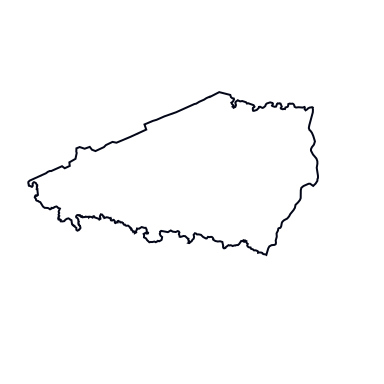 outline of Nahouri, Nahouri, Burkina Faso, rotated 155°
{"feature_id": "67063806B90465948144495", "entity_name": "Nahouri", "entity_type": "district", "adm_level": 2, "iso_a3": "BFA", "parent_name": "Burkina Faso", "parent_adm1": "Nahouri", "projection": "orthographic", "projection_center": [-1.117, 11.253], "detail": "fine", "context": "isolated", "style": "outline", "palette": "ink", "viewbox_px": 384, "rotation_deg": 155, "n_neighbors": 0, "source": "geoboundaries", "source_scale": "gbopen_adm2", "svg_char_len": 6068}
<svg xmlns="http://www.w3.org/2000/svg" viewBox="0 0 384 384"><g transform="rotate(155 192 192)"><path d="M66.4,164.6L65.4,166.9L65.1,169.7L66.5,174.9L66.7,179.1L66.1,180.5L64.5,181.9L61.5,183.4L59.2,185.9L58.4,191.5L58.3,195.0L58.8,197.5L59.3,198.6L59.1,200.6L57.4,203.0L48.8,213.2L47.5,215.7L47.2,217.0L46.8,217.4L47.3,218.1L49.9,218.8L51.6,218.7L52.5,218.3L54.5,218.0L54.9,219.5L54.1,220.7L54.1,221.5L56.1,221.8L59.6,223.8L62.0,224.6L63.0,225.8L62.7,227.4L62.9,228.7L63.4,229.5L65.6,230.4L65.9,230.8L67.5,231.0L68.6,229.3L69.4,228.8L71.6,229.1L72.7,227.9L73.6,228.5L74.7,228.6L76.0,229.7L76.1,230.6L74.6,231.4L74.4,234.7L75.2,235.4L75.8,235.3L76.7,236.1L77.7,235.9L79.7,233.9L81.1,234.3L82.9,236.0L83.0,236.5L81.6,237.4L81.3,238.0L81.5,238.7L83.3,240.2L86.7,240.6L88.0,240.2L89.3,238.9L91.6,238.3L92.7,238.5L94.3,240.5L95.4,240.8L95.9,240.0L98.7,239.0L101.7,239.4L102.3,239.9L102.1,240.8L101.5,242.1L101.0,242.6L99.8,242.6L99.3,242.9L99.5,244.7L103.7,248.8L104.8,248.9L105.1,250.5L108.0,253.2L110.1,253.8L111.8,255.8L114.1,255.3L115.0,254.6L115.4,252.2L116.8,250.8L118.7,250.8L118.7,251.5L119.1,252.1L118.0,252.5L117.8,252.9L118.5,254.6L118.6,256.3L117.2,256.5L115.9,257.2L114.7,258.3L114.6,259.1L115.8,259.9L116.6,261.5L116.3,263.8L125.1,271.0L135.5,270.6L135.5,270.9L139.2,271.0L141.9,270.6L147.3,270.7L150.9,270.3L152.5,270.7L172.8,271.0L185.0,272.2L193.6,272.4L197.6,273.0L206.5,273.3L207.1,267.9L224.3,268.0L239.6,268.6L242.9,271.0L250.2,270.9L252.8,269.9L262.2,269.9L264.8,272.6L265.6,276.1L271.0,276.6L274.8,280.2L278.3,280.4L279.8,277.5L280.0,276.1L283.6,271.3L290.6,270.7L291.8,267.3L297.3,267.3L298.9,270.3L310.9,270.5L311.8,271.1L314.2,271.2L316.3,270.7L334.3,270.9L336.0,270.3L336.6,269.3L336.7,267.8L337.0,267.6L337.2,266.6L335.6,265.3L335.3,264.6L334.8,264.3L333.7,264.9L332.9,267.0L331.8,267.6L331.0,267.7L329.8,266.3L329.6,264.4L329.3,263.8L329.7,262.9L330.2,262.8L330.3,262.0L331.1,261.1L331.3,260.5L331.0,260.1L331.5,259.9L331.2,259.3L332.9,254.4L334.2,254.1L334.7,255.0L335.2,255.0L335.7,254.3L336.2,254.4L336.8,253.5L336.4,252.0L336.7,250.7L336.5,249.9L335.2,248.8L335.1,248.3L333.8,246.9L333.2,241.8L332.3,240.0L329.7,238.6L328.9,237.9L328.0,236.3L326.9,236.3L326.2,236.9L325.9,236.5L325.5,236.7L324.7,236.2L323.7,236.2L323.2,236.5L321.0,236.2L320.5,235.6L320.1,234.2L318.7,232.8L321.0,230.8L321.3,230.1L321.2,229.1L322.5,227.9L322.6,227.1L322.4,226.4L323.3,226.0L323.8,225.4L323.5,225.2L323.7,224.6L324.5,224.3L324.6,223.5L324.1,223.0L323.0,222.7L322.7,222.1L323.4,221.3L323.4,220.9L321.6,220.0L320.1,219.6L318.3,220.4L316.6,220.6L315.1,220.3L314.3,219.2L314.1,218.5L313.2,217.4L314.3,213.6L313.9,212.9L314.1,212.3L313.4,211.9L313.4,211.1L312.8,210.8L312.9,210.1L312.0,208.4L312.8,206.6L312.2,205.4L310.8,205.3L310.5,205.7L309.8,205.7L308.5,206.3L308.0,207.3L308.1,208.1L307.8,208.7L308.3,209.4L308.1,210.2L308.5,210.3L308.5,211.0L307.7,212.8L307.1,212.9L307.1,214.2L306.7,215.0L306.9,216.8L307.6,217.8L307.6,218.2L307.3,218.9L306.3,219.5L305.2,219.4L304.2,218.8L304.5,218.7L304.2,218.2L303.6,218.3L303.2,216.9L302.6,217.0L301.9,216.6L301.9,216.1L302.4,215.8L301.7,215.2L300.4,215.0L299.7,214.5L298.7,214.6L297.9,213.9L295.8,213.1L296.0,212.6L295.2,212.8L294.0,212.1L292.9,210.8L291.7,211.7L291.1,211.5L290.8,210.0L287.9,207.2L287.7,206.2L286.3,206.4L285.7,208.9L284.6,209.9L284.1,210.2L283.9,209.8L283.2,209.7L282.7,208.3L282.8,207.1L282.3,206.9L282.5,205.5L280.1,205.2L279.0,204.5L277.0,202.5L276.7,202.6L276.7,202.2L277.4,201.3L277.4,200.6L276.5,199.9L275.0,200.0L274.7,199.8L274.3,198.2L274.8,197.1L274.7,196.3L274.4,196.1L273.1,196.5L272.3,195.9L271.6,197.0L270.9,196.9L270.7,196.3L269.9,195.6L269.8,194.7L268.3,194.2L268.1,193.6L267.6,193.1L267.7,192.4L267.4,191.1L266.6,190.8L266.5,189.9L265.8,189.2L264.1,188.5L263.1,186.2L263.2,185.5L262.7,185.2L262.9,184.6L262.5,184.1L263.0,183.5L262.4,182.8L262.2,180.7L261.3,180.9L260.7,180.1L261.2,178.9L259.6,179.0L259.4,179.9L258.5,180.9L257.7,181.2L257.3,182.1L255.5,181.1L252.4,181.5L250.3,179.6L249.1,179.1L249.0,177.1L249.9,174.8L249.7,174.1L249.3,174.2L249.0,173.6L249.4,173.1L250.3,173.3L250.9,173.6L251.5,174.6L253.6,174.4L253.6,173.2L254.7,171.2L253.3,169.4L253.0,167.2L251.9,164.5L250.3,164.1L249.4,163.5L247.1,163.0L246.0,161.8L244.8,162.0L244.0,161.8L243.5,162.1L242.4,161.2L240.0,161.4L239.5,161.8L238.1,163.8L239.0,165.8L238.9,167.7L238.0,168.6L237.7,169.5L236.4,169.8L230.8,165.8L227.5,166.1L226.2,164.2L223.6,162.6L221.4,162.6L220.7,161.8L220.5,160.7L221.8,159.2L221.7,157.9L222.1,156.7L221.3,156.1L218.2,155.7L216.8,154.8L215.7,152.0L215.0,151.1L215.6,150.4L215.4,149.1L215.8,148.9L216.3,147.4L216.8,147.3L216.6,147.1L215.9,146.8L214.9,147.3L213.2,147.5L211.8,148.5L210.2,149.0L209.1,150.4L208.6,152.5L206.8,153.4L205.9,152.6L205.4,151.4L203.9,150.8L202.0,149.4L200.9,146.5L199.1,144.1L198.3,143.7L196.5,144.6L195.4,143.8L193.7,143.3L193.0,142.8L192.6,142.0L192.4,140.8L192.9,140.3L192.9,139.8L191.5,137.7L189.5,136.2L187.4,135.5L185.6,133.9L186.5,130.0L187.1,129.1L187.1,127.7L186.5,127.3L185.6,127.5L185.3,127.2L184.7,127.7L181.4,128.4L180.4,127.6L179.6,127.5L178.7,126.8L178.1,125.9L176.0,125.6L175.4,125.2L174.5,125.2L172.7,124.5L172.1,124.8L171.5,124.8L168.1,126.8L167.4,126.3L165.5,126.5L165.2,126.1L165.4,125.8L166.2,125.5L165.8,124.8L165.2,124.6L164.7,125.6L164.3,125.6L163.6,124.6L164.4,124.3L163.9,123.7L163.9,122.4L163.4,121.4L164.6,120.1L164.5,118.9L163.5,117.5L162.4,117.0L162.4,115.4L161.1,114.4L160.5,112.9L158.9,112.2L157.5,110.7L157.4,110.0L157.8,109.0L156.5,108.8L154.5,107.6L154.0,107.0L154.1,106.4L153.5,105.5L151.8,104.4L151.2,103.6L146.7,108.7L144.9,110.0L142.4,110.2L139.5,109.2L138.3,109.3L137.4,110.4L136.6,112.7L134.1,115.6L132.8,118.8L130.4,120.7L129.2,122.4L128.3,122.5L127.1,122.2L126.6,122.5L125.7,123.2L123.6,126.1L122.5,126.9L120.6,127.5L116.9,127.7L114.3,128.9L112.2,130.5L107.6,132.7L105.4,134.2L103.6,136.6L100.4,137.7L97.6,139.1L96.1,140.5L92.6,147.7L91.1,149.6L88.4,150.3L82.9,150.2L81.5,149.6L79.6,146.3L76.4,147.4L73.7,149.1L72.8,150.7L71.9,151.5L71.0,153.4L68.7,161.3L66.4,164.6Z" fill="none" stroke="#020617" stroke-width="2"/></g></svg>